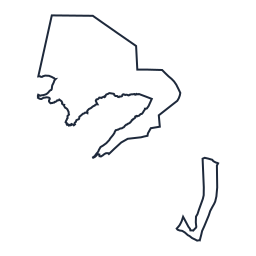 Vaa o Fonoti, Samoa (Robinson projection), rotated 180°
{"feature_id": "51752279B29729282307798", "entity_name": "Vaa o Fonoti", "entity_type": "district", "adm_level": 2, "iso_a3": "WSM", "parent_name": "Samoa", "parent_adm1": "", "projection": "robinson", "projection_center": [-171.548, -13.927], "detail": "fine", "context": "isolated", "style": "outline", "palette": "slate", "viewbox_px": 256, "rotation_deg": 180, "n_neighbors": 0, "source": "geoboundaries", "source_scale": "gbopen_adm2", "svg_char_len": 4378}
<svg xmlns="http://www.w3.org/2000/svg" viewBox="0 0 256 256"><g transform="rotate(180 128 128)"><path d="M108.9,186.4L118.7,186.4L119.9,210.0L138.8,223.1L153.7,233.5L163.2,240.2L204.2,240.6L217.7,179.6L216.8,179.7L215.7,179.6L215.0,179.1L214.2,179.1L213.5,179.3L213.2,179.7L210.8,180.4L207.0,180.2L206.1,179.8L204.3,179.1L202.7,178.2L202.1,178.0L201.4,177.3L201.1,176.7L200.5,176.8L201.6,175.6L202.1,174.0L202.9,172.2L203.6,171.0L203.9,169.9L204.2,167.3L204.4,166.6L204.8,166.0L205.4,165.9L206.5,165.0L207.7,163.5L208.7,162.6L209.6,161.9L211.2,161.3L212.7,160.9L215.0,160.6L215.5,160.3L216.8,160.5L217.2,161.1L217.8,161.3L218.1,160.2L217.7,159.6L218.0,159.2L217.7,158.8L218.0,158.2L216.9,157.5L215.8,157.1L214.6,157.0L212.4,158.3L211.4,158.3L209.6,158.7L208.2,158.6L206.8,158.2L206.4,157.8L206.2,157.1L207.0,155.5L207.0,154.7L206.3,153.5L205.2,152.7L204.5,153.0L203.5,153.0L202.8,153.4L201.9,153.4L201.3,154.1L200.6,154.1L199.8,154.6L198.8,155.4L198.7,155.7L197.6,155.7L197.0,155.9L196.7,156.4L194.5,154.8L193.8,153.5L194.0,152.8L193.7,152.0L193.1,151.5L191.9,151.2L192.1,150.8L192.0,150.3L191.6,149.6L191.1,148.6L190.6,148.1L189.8,147.8L188.7,146.8L187.8,144.9L187.4,144.1L187.3,142.3L187.0,141.4L188.5,140.0L188.5,138.9L188.4,137.9L188.9,137.4L189.2,136.5L190.1,134.7L190.4,133.8L189.7,133.3L189.3,132.9L189.5,132.2L188.9,131.2L188.1,131.7L187.6,131.4L187.8,131.1L187.1,130.4L186.1,131.1L186.0,130.7L185.3,130.7L184.7,131.0L184.3,131.9L182.6,131.1L182.2,130.7L181.1,131.6L181.5,132.1L181.2,133.3L180.2,134.1L179.6,135.8L178.6,136.3L177.2,136.8L176.8,137.7L176.6,139.3L175.5,140.1L173.0,142.3L172.3,142.4L171.4,142.9L170.9,143.4L169.3,143.3L168.6,142.9L168.5,143.7L168.9,144.2L168.8,144.9L168.4,145.6L166.9,147.1L165.5,147.7L164.6,148.3L163.5,149.3L162.2,150.1L161.4,150.3L160.6,151.3L158.9,151.7L158.5,151.7L159.3,153.1L160.2,155.1L160.2,155.5L159.5,156.6L158.3,156.7L157.2,157.7L156.7,158.4L156.2,158.4L155.5,158.2L154.8,158.4L154.5,158.1L153.9,158.4L152.8,159.1L152.3,159.1L151.6,159.6L152.0,160.2L151.7,160.0L151.3,159.0L150.8,159.3L150.3,160.7L149.7,161.5L148.0,162.1L147.1,162.7L146.4,162.9L143.5,162.4L142.3,162.2L141.9,161.9L141.6,160.8L140.6,160.0L138.9,160.0L138.1,159.1L137.1,158.9L136.7,159.5L135.0,159.5L134.1,159.8L133.7,160.5L133.6,161.1L133.2,161.5L132.3,161.7L130.8,161.0L130.0,161.3L128.9,161.2L127.7,160.6L126.7,161.1L126.6,160.9L124.9,161.7L123.2,161.7L121.4,162.0L120.8,161.8L120.7,161.3L120.0,161.4L119.4,162.1L118.0,161.6L117.1,162.0L109.6,159.2L104.2,157.1L107.4,150.0L109.1,147.6L109.4,147.4L110.9,147.3L110.8,147.0L112.4,144.7L113.1,143.4L114.2,142.1L115.4,141.9L117.1,140.2L118.4,140.0L118.8,139.7L119.5,140.1L120.7,139.5L120.5,139.1L120.6,138.6L121.4,137.8L121.9,137.5L123.5,136.1L123.6,136.3L124.3,135.7L124.6,134.9L125.3,134.0L125.8,133.7L126.3,133.0L128.4,132.1L128.5,131.8L129.4,131.3L129.8,131.3L131.2,130.1L131.7,129.3L132.3,128.7L133.3,128.3L133.9,127.8L134.6,127.6L135.8,127.5L138.0,126.3L138.3,126.4L139.5,125.9L140.3,125.8L141.3,124.0L141.5,123.2L142.8,121.2L144.0,119.7L145.1,118.4L146.1,117.1L146.6,116.1L148.3,114.3L149.7,112.8L153.0,110.4L155.4,109.0L156.2,107.7L157.2,105.9L157.7,104.5L158.9,103.0L159.6,102.3L159.9,101.7L160.3,101.3L161.1,100.1L162.1,99.3L163.0,98.7L162.8,98.3L161.3,99.0L160.0,100.1L159.6,100.7L158.8,101.4L157.7,101.8L156.7,101.5L156.8,101.1L156.5,99.8L155.6,99.8L155.1,99.5L154.3,100.0L153.4,100.5L151.8,101.8L150.6,102.5L149.9,102.8L147.8,102.8L147.1,102.0L141.8,107.1L134.8,113.5L128.3,117.2L116.9,118.5L115.0,118.7L111.9,119.5L108.5,120.2L108.1,122.6L105.2,127.8L96.2,129.3L97.2,140.7L83.2,151.7L78.7,155.2L77.2,157.8L76.2,160.5L75.7,163.1L77.5,166.9L79.7,171.3L81.9,174.5L84.4,177.1L87.5,179.7L90.8,182.9L93.9,186.0L108.9,186.4ZM72.9,39.2L74.2,35.2L75.1,33.2L76.4,30.8L77.7,29.2L79.3,27.4L78.4,26.3L76.3,25.5L74.8,25.3L73.7,25.1L71.1,23.5L68.1,20.8L66.5,20.0L64.0,18.0L62.6,17.3L60.9,16.5L58.9,15.4L56.5,15.8L56.2,15.7L55.4,18.8L54.7,21.5L53.9,25.0L51.8,29.6L49.4,35.4L47.2,40.7L45.8,45.0L43.5,49.3L41.9,52.1L40.8,54.5L39.6,59.6L38.8,68.5L39.1,90.5L38.7,91.2L37.9,92.7L39.0,93.2L39.7,93.3L40.8,93.8L42.4,94.7L43.0,95.2L43.7,96.2L47.8,97.4L51.3,98.2L53.4,97.3L52.2,68.6L52.3,60.8L53.1,57.3L55.0,52.0L57.1,46.2L58.5,41.9L60.0,39.4L60.1,36.4L60.2,33.7L59.7,29.1L60.2,28.1L60.9,27.5L62.8,25.4L63.4,25.6L65.6,25.6L66.0,27.2L67.6,29.3L71.1,35.9L72.9,39.2Z" fill="none" stroke="#1e293b" stroke-width="2"/></g></svg>